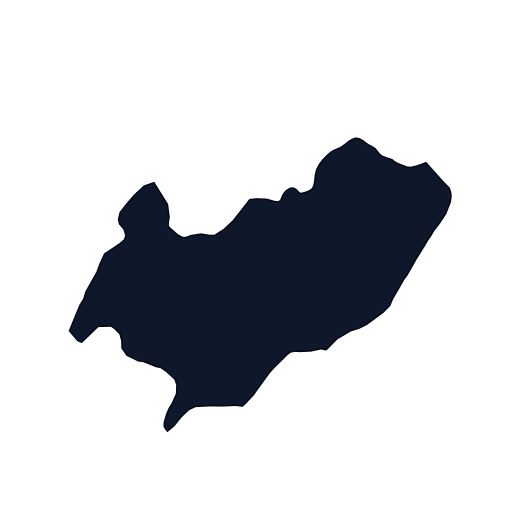 Quetzaltenango, Quezaltenango, Guatemala, rotated 228°
{"feature_id": "79465075B80303982129661", "entity_name": "Quetzaltenango", "entity_type": "district", "adm_level": 2, "iso_a3": "GTM", "parent_name": "Guatemala", "parent_adm1": "Quezaltenango", "projection": "equal_earth", "projection_center": [-91.528, 14.813], "detail": "fine", "context": "isolated", "style": "filled", "palette": "ink", "viewbox_px": 512, "rotation_deg": 228, "n_neighbors": 0, "source": "geoboundaries", "source_scale": "gbopen_adm2", "svg_char_len": 2203}
<svg xmlns="http://www.w3.org/2000/svg" viewBox="0 0 512 512"><g transform="rotate(228 256 256)"><path d="M378.8,229.2L382.8,219.6L382.5,206.0L381.0,194.1L379.2,184.2L375.2,178.4L371.2,176.1L364.2,175.9L358.2,173.0L356.1,169.3L356.2,162.9L358.8,144.8L354.1,134.1L350.4,127.1L343.2,105.8L339.2,99.2L337.2,92.3L325.2,67.3L312.3,67.0L308.6,68.7L309.4,91.5L300.9,101.5L296.7,102.5L289.0,102.8L282.6,99.5L277.3,94.9L268.7,93.7L256.7,98.5L253.6,101.4L240.2,108.1L237.1,110.6L230.0,112.3L218.8,113.4L213.1,111.0L206.7,104.8L202.3,94.8L201.0,90.0L198.9,85.2L195.8,79.9L193.5,76.4L191.0,73.9L187.9,73.1L185.1,73.0L184.8,81.5L186.6,92.7L186.9,103.4L184.7,110.4L177.8,118.9L174.8,122.5L167.0,130.9L158.8,140.9L153.6,145.5L153.6,148.7L154.6,160.7L160.3,187.2L161.1,194.2L162.0,213.5L161.5,217.7L159.2,221.3L155.7,224.8L148.8,233.2L143.6,242.3L139.4,245.3L140.3,261.0L137.2,276.2L133.5,284.2L131.2,292.5L129.2,313.0L129.8,322.4L132.8,328.6L137.3,342.8L139.8,350.1L140.7,354.9L144.7,367.2L146.5,372.2L147.2,374.7L148.6,379.8L150.1,384.7L150.8,387.4L152.9,393.8L154.3,399.7L156.0,405.0L157.6,414.0L160.6,425.4L166.1,436.4L169.8,440.8L173.1,443.2L177.2,445.0L186.3,444.6L202.3,444.7L211.6,444.7L213.3,440.3L215.5,435.2L217.9,430.8L220.7,427.8L224.6,425.8L230.5,422.9L233.7,421.9L236.1,421.6L238.7,420.4L240.4,419.3L245.4,416.6L247.5,416.1L249.8,415.9L255.9,416.3L260.2,415.2L262.8,414.1L266.2,413.2L270.1,412.5L273.6,411.4L276.0,409.7L277.1,408.6L277.7,407.0L278.6,404.2L279.1,400.6L279.3,397.0L279.7,392.8L280.4,390.0L282.3,384.6L283.0,380.9L283.1,376.3L282.7,369.9L281.3,363.4L279.4,358.6L276.6,354.6L272.5,350.0L270.9,348.0L269.6,346.1L268.7,344.2L268.3,342.7L268.6,339.8L269.4,337.1L271.3,333.1L272.3,331.3L274.1,330.3L277.8,330.3L279.7,330.0L281.3,329.2L282.7,327.9L283.3,326.8L284.0,324.3L284.2,321.7L283.8,318.7L283.3,316.9L282.4,314.9L281.2,312.6L280.9,311.2L280.9,309.9L281.4,308.6L283.5,306.6L287.2,304.2L290.2,302.4L292.8,300.1L294.9,297.8L298.1,294.6L302.0,289.2L299.5,274.8L297.4,262.6L297.1,250.2L298.9,239.1L302.2,235.3L309.0,229.9L314.8,221.0L316.4,216.5L318.9,213.7L324.6,211.8L336.0,210.5L338.5,211.9L343.2,217.5L353.6,224.7L378.8,229.2Z" fill="#0f172a" stroke="#020617" stroke-width="1.5"/></g></svg>